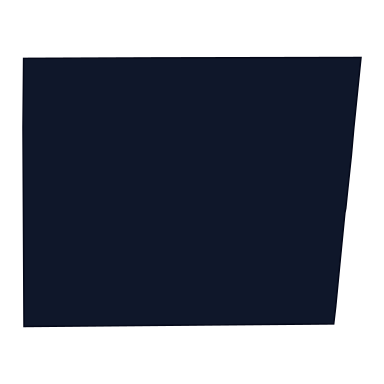 Lauderdale, Mississippi, United States of America (Mercator projection)
{"feature_id": "52423323B32649044831734", "entity_name": "Lauderdale", "entity_type": "district", "adm_level": 2, "iso_a3": "USA", "parent_name": "United States of America", "parent_adm1": "Mississippi", "projection": "mercator", "projection_center": [-88.559, 32.401], "detail": "fine", "context": "isolated", "style": "filled", "palette": "ink", "viewbox_px": 384, "rotation_deg": 0, "n_neighbors": 0, "source": "geoboundaries", "source_scale": "gbopen_adm2", "svg_char_len": 305}
<svg xmlns="http://www.w3.org/2000/svg" viewBox="0 0 384 384"><path d="M24.0,326.5L210.5,324.9L333.7,323.9L335.7,306.8L340.0,262.4L344.9,212.8L345.8,208.2L347.3,193.6L351.4,155.2L353.8,128.1L361.0,57.5L155.9,57.9L23.6,58.4L23.0,127.3L24.0,326.5Z" fill="#0f172a" stroke="#020617" stroke-width="1.5"/></svg>